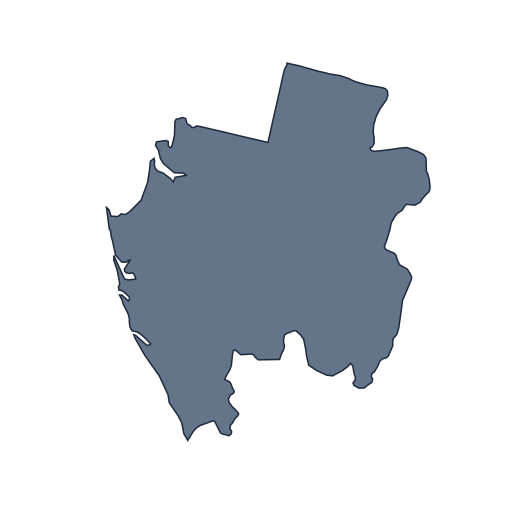 SVG path tracing the border of Gabon, rotated 13°
{"feature_id": "GAB", "entity_name": "Gabon", "entity_type": "country or territory", "adm_level": 0, "iso_a3": "GAB", "parent_name": "Africa", "parent_adm1": "", "projection": "natural_earth1", "projection_center": [11.622, -0.807], "detail": "fine", "context": "isolated", "style": "filled", "palette": "slate", "viewbox_px": 512, "rotation_deg": 13, "n_neighbors": 0, "source": "natural_earth", "source_scale": "50m", "svg_char_len": 3398}
<svg xmlns="http://www.w3.org/2000/svg" viewBox="0 0 512 512"><g transform="rotate(13 256 256)"><path d="M348.3,69.8L348.0,74.2L343.7,84.9L341.7,93.2L341.2,102.0L342.4,109.1L344.4,114.1L345.8,119.6L344.7,123.5L342.7,125.1L344.1,127.1L347.2,127.5L352.5,125.8L360.7,122.9L371.5,118.7L378.5,116.4L390.2,117.8L396.4,119.4L399.6,122.4L403.0,135.1L404.7,137.0L407.5,142.4L409.9,148.8L410.4,152.1L410.1,154.5L407.8,158.0L405.1,163.1L404.2,166.2L401.9,168.5L399.1,170.8L391.3,171.7L390.1,173.1L388.0,178.5L383.8,183.2L382.0,187.6L380.3,193.4L380.6,200.6L379.8,211.1L379.0,218.1L381.1,220.6L390.3,222.3L392.2,223.7L394.6,228.1L397.8,232.2L406.3,234.8L409.6,237.9L412.3,241.3L412.6,244.2L410.7,255.5L408.8,266.3L409.6,274.6L410.3,282.5L411.3,294.0L410.8,301.0L408.4,305.3L408.4,308.7L409.5,312.7L407.4,323.9L406.0,325.8L402.2,327.9L400.2,330.9L399.5,335.6L397.5,342.1L395.4,344.5L395.4,347.5L397.4,349.7L397.4,353.0L393.6,357.0L391.3,360.1L386.2,361.6L380.4,360.0L379.1,357.8L380.5,354.3L380.0,351.5L378.0,348.6L374.9,341.1L372.1,339.5L370.6,342.6L365.9,348.3L357.5,355.6L351.7,356.2L340.9,354.0L331.9,350.5L327.7,341.9L325.0,334.8L321.2,326.5L316.8,322.6L312.2,320.1L310.1,320.0L303.5,324.6L301.6,326.4L301.6,330.2L302.2,333.8L303.2,335.5L304.1,337.9L303.9,341.4L302.7,346.2L302.3,351.5L281.6,356.7L278.0,354.8L275.4,352.5L272.3,352.9L263.3,355.6L260.0,353.7L256.7,352.3L255.2,353.5L255.1,355.7L256.6,368.2L256.1,372.9L254.1,379.1L253.1,383.3L258.6,384.5L260.5,386.4L262.5,389.6L265.1,392.5L265.3,394.3L262.3,397.5L261.3,401.5L262.7,404.7L266.4,407.9L271.9,411.3L274.6,413.5L274.3,415.6L271.8,419.9L270.8,423.6L269.1,426.9L269.4,429.9L271.9,432.8L271.6,435.3L269.9,437.3L266.5,436.9L263.7,437.1L261.1,436.3L253.0,426.5L251.3,426.2L239.6,433.8L236.6,436.9L234.2,441.4L231.0,451.0L225.7,445.4L221.1,435.1L215.7,428.8L204.5,418.5L201.5,411.0L188.6,394.4L170.0,377.8L156.7,363.4L154.6,360.2L156.9,360.5L169.8,367.7L171.6,366.9L173.1,365.3L167.5,361.6L162.2,358.6L157.2,356.7L152.2,356.9L149.4,353.9L147.5,349.2L146.6,345.3L144.4,341.1L137.3,332.6L135.6,329.3L131.7,324.7L134.1,324.2L141.7,328.5L142.3,326.7L141.7,324.2L134.0,320.1L129.9,319.9L128.9,317.0L129.5,313.7L124.0,301.2L118.3,291.9L117.4,287.5L132.8,307.7L134.8,308.1L137.5,307.9L143.9,305.6L142.6,302.9L139.8,300.0L137.0,301.4L133.4,301.6L131.5,300.4L130.7,298.3L134.3,288.5L132.7,289.0L131.6,290.7L129.6,291.6L126.5,292.1L119.0,286.8L112.3,272.6L110.6,269.7L108.8,264.7L107.0,262.7L99.4,242.4L102.3,243.9L105.8,249.8L112.6,248.6L115.2,245.2L117.5,245.3L119.9,244.5L122.9,241.3L131.5,227.4L133.8,209.0L133.1,198.1L131.8,187.3L134.7,183.8L135.8,186.1L136.4,189.9L137.8,192.8L140.8,195.3L146.6,196.0L155.5,200.0L158.7,202.6L159.5,197.5L169.8,193.1L166.7,191.6L157.6,193.3L145.1,186.8L141.0,182.7L137.1,174.8L133.1,170.7L133.4,167.1L142.3,163.7L144.7,164.1L145.6,168.1L148.1,169.8L149.0,169.2L149.4,165.7L149.4,156.5L146.7,143.2L147.5,140.6L150.0,139.7L152.1,138.0L153.7,137.6L156.7,138.0L158.2,141.0L159.1,142.7L162.1,143.5L164.6,145.1L166.8,144.7L168.6,142.8L171.2,142.4L179.4,142.4L186.8,142.4L201.5,142.5L216.3,142.6L231.0,142.6L242.1,142.7L242.1,135.1L242.0,123.3L241.9,109.5L241.9,96.2L241.8,83.9L241.7,69.4L242.3,65.2L243.1,63.5L242.8,61.1L254.2,61.0L274.9,62.0L283.9,61.9L286.4,62.1L297.7,61.3L306.8,62.3L310.7,63.3L314.2,63.8L325.2,64.4L339.4,63.6L344.3,63.8L347.0,65.8L348.3,69.8Z" fill="#64748b" stroke="#1e293b" stroke-width="1.5"/></g></svg>